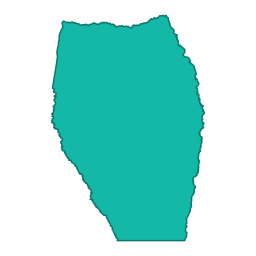 the district of General Alvear, Mendoza, Argentina
{"feature_id": "61730980B19531104090182", "entity_name": "General Alvear", "entity_type": "district", "adm_level": 2, "iso_a3": "ARG", "parent_name": "Argentina", "parent_adm1": "Mendoza", "projection": "albers", "projection_center": [-66.959, -35.244], "detail": "fine", "context": "isolated", "style": "filled", "palette": "teal", "viewbox_px": 256, "rotation_deg": 0, "n_neighbors": 0, "source": "geoboundaries", "source_scale": "gbopen_adm2", "svg_char_len": 5719}
<svg xmlns="http://www.w3.org/2000/svg" viewBox="0 0 256 256"><path d="M183.3,54.1L184.7,52.6L184.9,50.3L184.6,49.4L181.1,46.3L180.1,46.1L180.1,45.4L179.0,45.8L178.5,45.5L178.4,44.9L178.6,44.2L177.9,40.1L177.2,40.0L177.3,38.8L176.7,38.2L177.2,37.3L175.9,36.3L177.0,35.5L177.1,35.0L174.3,33.7L173.4,32.1L174.0,31.4L173.8,29.8L173.1,29.5L173.0,28.8L170.4,27.0L170.5,26.0L169.4,24.7L169.9,23.9L168.5,20.3L168.2,17.9L167.8,17.8L166.7,16.7L166.3,15.6L165.7,15.5L164.9,16.3L163.5,15.4L161.0,15.9L159.8,15.7L158.3,17.4L157.4,17.8L157.3,18.5L156.7,18.7L156.0,18.2L155.2,18.4L154.2,17.7L153.6,18.2L153.2,19.3L152.4,19.6L151.5,18.9L150.5,19.1L150.3,20.4L149.2,20.4L147.8,22.3L144.6,23.2L143.7,23.0L142.5,23.8L141.3,23.7L140.0,24.3L139.5,25.0L138.6,25.5L137.4,25.1L134.7,25.6L133.7,25.0L132.8,25.7L131.6,27.8L131.1,27.9L129.1,27.3L128.1,26.3L127.3,26.7L126.5,26.3L124.2,26.4L122.9,26.9L122.3,25.8L121.9,25.7L121.7,26.0L118.7,26.0L117.5,26.8L116.4,26.5L115.7,26.7L114.5,25.0L114.0,25.0L112.9,24.1L111.2,24.7L110.3,23.4L108.9,23.8L108.6,23.3L106.0,22.5L104.5,22.8L103.9,22.4L103.1,23.0L102.2,22.5L101.6,22.6L100.3,23.3L99.4,24.4L98.9,24.0L97.7,24.4L96.7,24.0L96.4,24.3L95.0,23.2L93.3,23.0L91.9,24.2L89.6,24.4L88.4,25.7L86.7,24.4L85.7,24.8L85.2,24.3L84.4,24.8L82.1,24.8L81.8,25.4L81.2,25.3L80.1,25.0L79.5,24.2L76.0,23.3L74.7,22.5L73.3,22.9L72.1,21.9L70.0,23.0L68.2,22.2L66.3,22.5L63.9,21.2L63.2,21.4L62.3,22.2L62.2,23.7L63.0,27.1L61.2,30.1L59.3,35.3L59.2,39.3L58.4,42.9L58.5,45.1L57.8,47.1L57.0,51.5L56.9,52.9L57.5,56.3L56.6,63.0L52.6,87.6L52.6,88.2L54.1,88.9L53.8,90.0L54.2,90.7L53.7,91.7L53.8,92.3L55.9,92.9L56.2,94.0L55.6,94.8L55.6,95.9L54.7,95.7L54.3,96.2L55.8,97.1L55.0,97.4L54.9,99.0L54.0,100.0L55.4,102.7L55.5,104.2L53.2,106.4L53.3,106.8L54.5,107.3L54.2,108.5L53.8,108.9L54.1,109.5L53.4,110.0L53.9,111.0L52.9,112.6L53.2,113.3L53.0,113.6L52.0,113.8L51.9,114.3L52.8,114.7L53.1,115.4L52.2,116.3L53.7,117.1L53.9,117.9L53.5,118.6L52.2,119.1L52.2,120.1L51.7,120.6L52.2,121.3L51.7,122.3L52.3,122.9L53.9,122.7L53.8,124.6L54.7,124.8L54.8,125.1L54.2,125.8L54.2,126.6L53.8,127.2L54.0,127.7L54.8,127.7L55.3,128.4L55.1,128.7L56.8,128.7L57.1,129.3L58.2,129.6L57.9,130.3L58.3,131.2L58.0,132.1L59.3,132.9L59.3,133.7L59.8,134.5L59.2,134.6L59.1,135.6L59.7,136.3L60.6,136.5L60.7,137.7L62.3,138.8L62.3,140.5L60.9,141.6L60.7,142.2L61.0,143.1L61.4,143.2L61.9,144.9L61.8,146.1L62.6,146.5L61.5,147.5L62.2,150.0L63.0,150.8L63.8,150.3L64.5,151.7L65.1,152.1L64.8,152.8L65.5,153.3L65.2,153.9L66.2,154.3L66.2,155.6L66.5,156.4L66.9,156.9L67.7,157.0L67.8,158.2L69.1,159.2L68.9,160.1L70.1,160.5L71.1,160.3L71.9,162.6L74.3,163.9L74.9,165.5L75.5,165.5L75.7,166.4L76.5,166.6L76.8,167.3L76.7,168.1L77.3,168.7L77.4,169.5L78.4,170.9L78.6,171.9L79.4,172.6L79.4,173.7L80.2,174.1L80.8,173.6L81.5,173.7L81.4,174.3L82.8,175.8L82.3,176.1L82.3,176.6L83.2,177.9L83.0,178.6L83.5,179.1L82.8,179.3L82.9,179.6L83.6,180.2L83.5,180.5L84.5,181.8L85.1,182.0L85.8,183.3L86.4,183.3L87.7,184.7L87.7,185.5L89.0,186.3L88.2,187.1L88.9,188.3L89.9,189.2L90.7,189.2L91.0,189.5L91.3,191.8L92.0,193.1L91.0,193.1L91.3,194.1L90.4,196.0L90.8,196.3L90.6,196.7L91.2,198.7L90.6,199.2L91.7,199.3L91.7,200.0L92.8,200.0L92.5,200.9L93.6,202.0L93.3,202.7L93.9,202.9L94.4,203.9L95.1,204.1L94.9,204.9L95.5,205.3L95.4,205.7L96.2,206.0L96.2,207.2L98.1,208.2L98.3,208.7L99.7,209.8L100.1,210.5L99.9,211.3L100.2,211.9L101.1,212.6L101.7,212.5L101.7,213.1L103.9,215.3L106.1,215.3L106.4,215.7L106.6,218.0L108.1,219.5L108.1,220.9L109.3,221.9L109.3,222.8L110.3,223.9L110.3,225.3L112.6,227.7L112.2,229.3L113.3,230.5L113.4,231.7L114.6,233.6L114.9,235.2L116.0,235.8L115.8,236.7L116.0,237.3L117.5,238.8L117.3,240.6L184.5,240.6L184.8,240.5L184.7,239.7L186.0,237.8L186.0,236.9L186.6,236.3L186.7,235.4L186.4,233.9L186.9,232.9L185.7,231.4L185.5,229.9L185.8,227.9L186.8,226.8L186.8,226.2L185.8,225.4L185.9,224.4L186.7,223.0L186.6,220.3L186.3,219.1L186.4,218.1L187.2,217.6L187.7,216.2L188.6,215.1L188.9,213.4L190.0,211.5L190.3,210.1L190.3,208.9L191.4,206.4L191.1,202.1L191.6,201.3L191.6,196.6L192.8,195.1L193.7,193.3L194.3,192.0L193.9,190.5L194.3,190.0L194.0,189.3L195.4,187.6L195.5,186.7L194.3,185.7L193.5,183.9L193.6,182.5L193.2,181.9L193.4,181.4L192.9,181.2L193.0,179.7L193.4,179.5L192.8,178.5L193.7,177.2L195.1,176.7L195.7,176.0L196.6,175.6L196.8,174.4L197.3,173.8L197.2,173.0L198.0,172.8L198.3,172.3L198.1,171.2L198.4,170.8L198.0,170.1L198.4,169.5L198.1,169.2L198.5,168.3L198.2,167.9L198.7,167.3L198.4,164.8L198.9,163.7L198.9,162.5L199.4,161.8L199.1,160.7L198.4,160.4L198.7,159.0L197.9,158.3L197.9,157.7L198.7,155.6L198.4,154.6L199.1,153.0L198.9,152.6L200.5,151.0L199.8,149.7L200.7,147.7L201.0,145.8L200.8,144.4L201.7,142.9L201.7,140.2L201.2,140.0L201.9,139.5L202.1,137.9L201.6,136.9L200.4,136.5L200.2,135.5L199.4,134.5L200.0,133.6L199.8,133.1L199.2,132.7L200.2,131.5L200.9,129.7L201.3,129.6L201.5,128.6L202.6,128.4L203.6,127.6L202.9,125.9L203.1,124.3L203.7,123.8L203.6,122.8L202.8,122.9L201.8,120.6L202.6,119.1L202.0,117.6L202.4,115.1L203.5,114.4L204.2,113.5L204.3,112.7L203.7,111.4L202.9,111.4L203.3,110.0L201.9,107.6L203.2,106.2L203.1,105.9L202.4,105.4L201.6,105.7L200.8,105.3L201.2,104.2L200.2,104.1L199.8,103.3L200.2,102.4L199.1,101.3L199.4,100.5L199.8,100.4L199.9,99.5L199.1,99.7L198.5,99.1L199.3,98.1L198.7,97.1L198.6,96.0L199.0,95.0L198.0,94.0L196.8,94.0L197.0,93.4L197.8,92.6L197.3,91.5L197.5,90.8L197.4,89.1L196.2,86.9L198.6,84.7L198.7,83.2L197.2,80.8L197.2,79.4L196.0,78.9L196.0,79.4L195.6,79.5L195.1,78.4L195.1,78.0L195.5,78.2L195.7,77.8L195.2,77.0L195.1,75.6L196.3,74.3L195.0,69.6L194.4,68.7L194.5,68.0L194.1,66.3L192.0,64.1L190.6,63.3L190.3,62.8L190.4,62.4L189.3,62.3L190.2,60.4L188.7,58.0L187.0,57.0L186.1,57.1L184.5,56.6L183.4,55.5L183.3,54.1Z" fill="#14b8a6" stroke="#0f766e" stroke-width="1.5"/></svg>